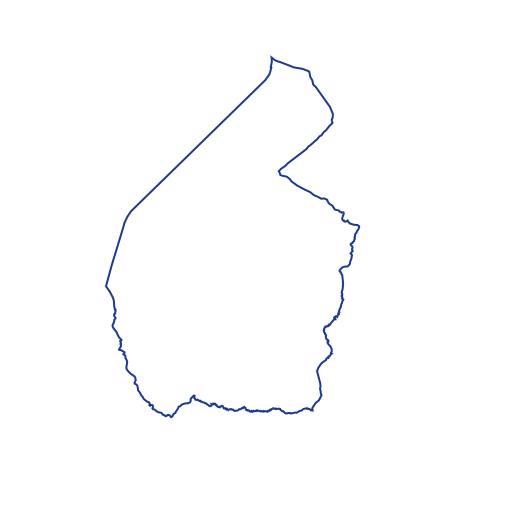 the district of Chifunabuli, Luapula, Zambia, rotated 212°
{"feature_id": "96606910B92394332931396", "entity_name": "Chifunabuli", "entity_type": "district", "adm_level": 2, "iso_a3": "ZMB", "parent_name": "Zambia", "parent_adm1": "Luapula", "projection": "albers", "projection_center": [29.518, -11.09], "detail": "fine", "context": "isolated", "style": "outline", "palette": "blue", "viewbox_px": 512, "rotation_deg": 212, "n_neighbors": 0, "source": "geoboundaries", "source_scale": "gbopen_adm2", "svg_char_len": 6106}
<svg xmlns="http://www.w3.org/2000/svg" viewBox="0 0 512 512"><g transform="rotate(212 256 256)"><path d="M373.4,171.5L367.2,150.9L360.7,148.1L355.2,144.8L352.9,142.8L349.2,137.7L347.8,136.6L347.6,136.1L347.1,136.1L347.1,135.8L346.4,135.7L346.0,135.0L345.7,133.8L344.9,132.7L345.4,131.4L344.8,130.2L342.1,128.8L342.3,126.8L341.7,125.6L341.6,124.5L341.2,124.1L341.1,121.7L340.4,120.4L339.2,119.5L333.6,117.4L332.0,116.1L329.2,114.5L325.5,113.5L325.6,112.8L326.1,112.3L326.1,111.8L325.5,111.7L324.9,111.0L324.5,110.8L324.4,109.8L323.9,109.8L323.6,109.5L323.6,108.8L322.9,108.4L322.7,108.0L322.6,104.0L322.0,104.0L320.7,104.6L316.4,104.7L316.0,103.6L316.4,102.5L313.9,102.2L312.7,100.4L310.6,99.2L309.2,98.1L307.7,94.8L307.1,93.1L306.0,91.7L303.0,90.4L299.1,89.7L295.1,89.5L293.7,88.7L292.1,86.8L291.9,84.4L291.3,83.5L289.2,83.6L287.8,83.1L284.7,79.5L282.4,78.8L279.3,76.9L278.0,76.7L275.1,75.2L271.3,74.8L268.9,75.2L268.2,74.7L267.4,73.0L266.9,72.8L266.5,72.8L266.0,74.2L264.5,74.6L263.5,73.8L263.1,71.9L262.2,71.5L260.4,72.1L258.0,71.6L256.7,71.7L255.5,71.9L253.1,72.9L251.2,72.1L250.1,72.2L249.3,72.6L248.2,72.1L247.4,72.5L246.9,73.4L246.8,74.2L245.7,75.0L244.1,75.0L242.7,74.3L242.4,74.6L241.9,75.7L242.2,78.2L241.2,80.2L241.5,81.7L241.3,85.3L241.7,87.0L241.5,87.7L240.6,88.4L240.4,90.0L239.6,91.5L238.2,93.2L235.4,95.3L234.4,97.2L234.5,98.3L235.7,100.2L235.3,102.7L234.7,104.8L234.0,104.9L232.9,102.7L232.1,102.8L231.2,102.0L230.0,102.6L229.4,103.3L229.0,103.3L228.7,103.0L228.0,103.2L227.1,103.0L226.3,103.8L225.6,103.3L224.3,103.8L223.5,103.8L221.7,104.3L221.0,104.1L220.1,104.7L218.5,104.2L217.7,104.4L216.0,104.1L215.2,104.3L214.6,105.3L214.6,106.2L215.3,106.8L214.2,107.1L213.6,107.5L213.9,108.2L213.1,108.3L212.7,109.0L212.4,109.1L212.0,108.8L211.1,108.8L210.9,108.3L210.3,108.6L209.4,108.0L208.1,107.9L207.4,108.6L206.8,108.4L206.2,108.7L206.1,109.9L205.4,111.0L204.9,110.8L204.5,111.0L202.6,109.7L202.3,109.7L201.6,110.6L201.0,110.3L200.4,110.7L199.9,110.3L199.7,110.8L199.4,110.6L199.2,111.0L198.0,110.6L198.0,110.9L197.1,111.9L196.8,112.0L196.4,112.8L195.9,113.0L194.7,113.0L194.5,113.4L194.0,113.6L192.1,113.2L189.7,115.3L189.2,116.1L189.1,117.2L187.9,117.9L187.4,119.4L187.0,119.6L187.0,120.0L186.4,120.1L186.5,120.6L186.0,121.8L185.1,121.4L184.5,121.6L183.7,120.8L182.9,120.6L182.7,120.3L181.6,120.9L181.4,120.6L181.0,120.9L180.7,120.7L179.9,121.3L179.0,120.9L178.7,121.3L177.9,121.2L177.4,121.6L177.5,122.0L176.6,121.8L176.2,122.5L176.5,122.9L176.2,123.4L175.2,123.4L174.7,124.2L173.9,124.3L173.7,125.2L172.9,125.3L173.0,125.8L169.6,126.7L169.5,127.4L168.8,127.4L167.7,127.9L167.5,128.5L166.9,128.3L166.7,128.8L166.2,128.8L165.9,129.3L165.5,129.6L163.6,130.0L163.5,130.3L163.8,131.1L162.5,131.9L162.8,132.5L162.5,133.4L161.7,133.5L161.5,134.7L160.8,135.4L160.9,135.8L160.7,136.1L158.6,136.4L158.4,136.5L158.5,137.0L157.5,137.4L157.1,137.4L155.6,138.7L154.6,139.1L154.0,138.6L152.9,138.4L152.6,138.5L151.6,138.2L150.7,138.8L148.0,138.2L146.5,138.7L145.7,139.7L143.7,141.0L143.0,140.9L142.5,141.5L142.0,141.7L140.1,143.8L138.4,144.7L137.0,147.5L135.5,149.0L134.9,151.0L133.4,152.8L132.3,153.5L132.1,154.0L131.6,154.1L131.3,153.7L129.7,154.5L127.3,154.3L126.1,155.0L127.4,156.3L127.7,157.5L127.5,163.2L126.4,166.2L126.2,167.6L126.7,172.7L128.5,174.1L130.1,176.3L131.1,177.0L131.6,177.9L132.0,179.3L134.1,182.1L143.0,190.5L143.5,192.1L143.9,193.9L143.8,198.2L143.3,200.7L141.5,204.9L141.9,205.8L141.8,206.3L141.3,207.3L140.5,207.9L140.7,208.3L141.3,208.3L141.3,208.5L141.1,209.6L140.7,210.0L140.4,210.9L140.4,212.9L140.1,213.3L141.1,213.4L141.2,215.2L142.6,217.2L144.9,218.8L148.0,219.6L149.0,220.2L149.8,221.0L149.2,221.9L149.4,222.3L150.3,222.3L150.7,223.0L152.3,222.9L153.0,223.4L153.9,224.3L154.5,225.9L156.0,226.3L156.4,227.2L157.2,227.2L158.1,227.7L159.1,228.8L158.9,229.4L159.3,229.6L159.8,230.7L159.8,231.5L159.4,232.2L159.8,233.1L158.5,233.7L158.4,234.6L157.4,235.0L157.9,236.4L156.7,237.1L157.0,238.2L156.3,242.9L156.1,243.7L155.1,244.4L156.2,245.4L157.0,245.2L157.0,245.9L156.5,246.4L156.5,247.0L156.2,247.3L154.9,247.3L155.2,249.0L155.1,250.1L154.9,250.4L155.9,250.9L155.4,252.2L155.5,252.6L156.3,252.9L156.9,255.3L157.0,257.7L157.5,258.2L157.7,259.6L158.2,260.4L158.1,261.3L158.7,263.3L158.9,265.4L160.5,265.4L160.6,266.5L161.1,267.0L161.9,267.1L162.2,267.6L161.9,267.8L162.2,268.8L163.1,269.9L163.6,269.9L164.3,271.1L164.6,271.8L164.5,272.4L165.8,275.6L166.7,276.7L166.7,277.4L167.7,279.0L168.6,279.9L168.6,280.3L171.7,284.2L173.0,285.7L174.2,286.1L175.4,287.2L176.5,287.2L177.3,287.6L177.4,289.3L176.7,292.2L174.7,294.4L172.7,295.7L172.1,298.9L173.0,300.7L174.0,305.3L174.7,306.4L174.9,307.4L175.3,307.8L177.1,308.3L176.7,311.5L178.1,312.3L178.5,314.1L179.1,314.9L179.5,315.2L181.2,315.5L182.0,316.1L182.0,316.9L181.1,318.1L181.3,319.0L180.7,320.6L181.2,321.4L181.4,323.3L182.4,324.0L182.6,325.7L183.2,326.3L183.5,327.7L183.1,329.0L183.5,330.1L183.3,332.9L183.9,335.4L184.4,335.9L186.5,336.0L189.2,334.5L193.6,333.3L194.1,333.6L195.1,333.6L197.0,334.6L197.3,333.7L197.7,333.5L198.1,332.7L199.5,332.1L200.2,332.7L201.2,332.2L202.4,332.9L202.7,333.3L203.6,336.2L203.7,337.6L204.4,339.0L204.9,339.3L205.4,339.2L206.6,338.0L207.6,338.4L208.7,337.9L209.5,338.3L210.6,338.3L212.8,337.4L213.8,337.3L214.7,337.5L215.9,338.3L216.4,338.3L217.5,339.1L222.3,339.2L223.0,339.9L224.8,340.6L225.4,341.4L227.6,341.2L228.6,340.8L229.6,340.4L230.4,339.5L231.2,339.1L233.9,339.1L239.3,338.3L243.9,338.9L250.0,338.1L258.5,337.6L265.3,338.0L267.8,339.1L271.8,339.6L276.3,338.0L278.3,337.6L280.2,339.3L281.6,339.9L281.0,343.2L279.0,347.7L278.1,351.6L269.8,373.7L269.6,376.6L268.7,378.6L266.0,387.7L265.6,390.9L264.4,393.2L264.2,397.2L263.3,399.3L262.6,405.5L261.6,409.3L263.9,411.4L264.4,414.2L266.1,417.2L272.2,421.6L295.0,431.1L297.5,431.5L298.7,432.0L301.2,434.7L304.9,436.7L308.4,440.4L308.8,440.5L310.7,440.4L314.9,439.5L317.2,438.8L323.6,436.1L338.2,433.3L340.9,432.5L343.5,432.1L347.9,432.5L347.3,431.9L345.3,428.6L343.5,423.9L342.9,424.0L341.6,419.9L340.9,417.2L341.3,410.1L385.7,227.7L385.9,220.9L385.1,214.3L383.5,209.1L373.4,171.5Z" fill="none" stroke="#1e3a8a" stroke-width="2"/></g></svg>